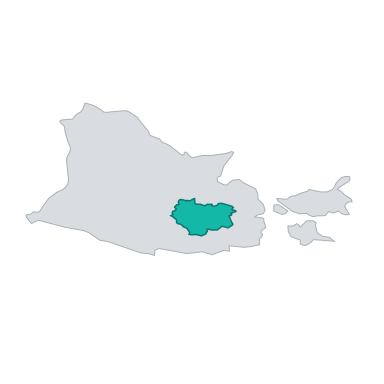 where Rapla sits in Estonia, rotated 190°
{"feature_id": "EST-2348", "entity_name": "Rapla", "entity_type": "County", "adm_level": 1, "iso_a3": "EST", "parent_name": "Estonia", "parent_adm1": "", "projection": "natural_earth1", "projection_center": [24.741, 58.948], "detail": "fine", "context": "in_parent", "style": "filled", "palette": "teal", "viewbox_px": 384, "rotation_deg": 190, "n_neighbors": 0, "source": "natural_earth", "source_scale": "10m", "svg_char_len": 4440}
<svg xmlns="http://www.w3.org/2000/svg" viewBox="0 0 384 384"><g transform="rotate(190 192 192)"><path d="M312.9,260.9L311.6,261.0L304.4,260.2L296.5,257.5L293.1,255.5L289.7,255.6L285.6,256.9L271.0,260.7L267.4,259.8L258.9,256.1L254.7,252.0L245.2,244.0L244.4,242.0L243.2,240.5L233.1,238.5L229.3,235.5L226.2,235.1L221.7,233.6L209.9,227.3L207.0,226.7L206.3,227.8L206.5,229.3L205.7,230.1L204.2,230.1L201.5,227.8L198.2,225.7L188.1,229.6L184.4,230.6L181.1,230.8L165.0,235.9L160.1,238.7L158.0,238.4L158.5,235.8L165.3,222.9L166.5,212.7L168.9,211.3L169.6,209.9L168.6,206.7L161.7,204.6L158.8,204.9L156.3,208.4L153.7,210.9L147.5,212.4L142.3,209.8L129.9,206.2L126.8,201.5L126.1,196.8L119.6,192.2L116.9,186.8L118.0,183.0L124.0,180.5L125.7,178.4L118.2,178.7L116.7,178.2L116.4,176.3L113.1,169.7L116.1,167.1L117.4,164.5L115.0,162.4L115.6,160.0L117.5,157.5L116.4,151.8L123.8,148.7L131.0,146.6L146.2,145.5L144.7,140.3L150.8,140.0L161.2,133.7L171.4,134.9L186.3,130.5L214.8,130.6L218.7,128.1L218.0,125.6L218.1,123.0L223.4,123.7L232.4,123.2L266.0,128.5L274.3,128.5L285.8,133.8L292.0,135.2L310.2,135.2L338.3,137.5L343.7,133.9L344.3,133.0L347.0,135.0L350.4,138.3L351.4,140.1L350.3,141.2L346.9,142.2L346.2,143.2L344.7,144.9L340.7,145.2L338.7,146.4L336.4,151.9L331.9,161.1L325.2,168.1L319.7,171.9L317.3,174.8L315.8,178.4L315.5,181.9L321.1,201.4L321.1,204.9L319.9,208.5L319.1,212.2L319.9,215.4L323.4,220.8L327.3,229.0L328.9,234.2L331.4,236.1L333.8,237.5L334.3,238.4L334.2,239.3L333.0,240.3L322.3,243.0L321.0,245.4L319.8,247.9L315.2,251.8L313.8,255.3L313.0,259.4L312.9,260.9ZM71.7,189.2L75.2,190.8L78.6,190.3L81.9,189.2L89.2,190.2L105.8,198.2L107.4,200.3L97.4,201.3L95.1,203.8L92.7,205.5L89.9,206.0L85.0,209.5L78.5,212.8L77.1,214.8L65.3,214.4L58.8,215.6L53.6,219.3L51.3,226.5L47.4,232.1L43.5,234.1L39.5,234.4L38.5,232.3L39.0,230.2L47.6,222.3L49.4,219.8L45.2,218.6L41.7,215.9L34.0,212.7L32.6,210.1L34.5,209.9L36.2,209.2L38.3,207.0L39.3,204.5L33.2,197.3L36.4,196.2L40.3,196.5L44.3,198.6L48.8,196.1L50.7,195.7L53.8,196.6L56.9,191.8L64.4,190.3L68.1,188.8L71.7,189.2ZM87.3,175.8L83.1,179.0L80.7,177.7L79.4,176.2L74.0,183.5L67.9,184.7L64.4,183.3L64.7,180.5L61.4,173.4L56.2,171.3L48.8,171.1L43.5,168.2L64.1,166.2L66.3,162.8L70.5,159.2L73.6,158.8L76.3,159.6L76.8,162.4L77.4,163.5L86.7,165.1L90.3,169.7L91.6,175.3L87.3,175.8ZM108.5,193.8L104.2,194.5L94.3,189.9L96.6,186.7L99.5,185.5L108.0,187.4L109.1,192.2L108.5,193.8Z" fill="#d9dde1" stroke="#a8b0b8" stroke-width="1"/><path d="M148.6,184.0L149.5,182.2L149.7,181.9L149.5,181.5L148.9,181.3L146.6,181.3L145.7,181.1L145.4,180.7L145.6,180.1L147.5,179.5L147.8,179.1L150.0,177.9L149.2,177.3L149.0,176.9L149.1,176.2L149.4,175.9L150.8,175.4L151.3,175.1L151.3,174.6L150.8,174.1L150.3,173.3L148.3,169.9L146.4,167.7L146.2,166.8L147.2,165.5L148.6,164.8L149.0,164.2L149.1,163.9L149.4,163.6L149.7,163.2L150.4,163.0L151.5,163.0L153.2,163.3L156.6,163.5L157.6,162.1L160.4,159.2L160.8,158.9L163.7,158.4L166.3,158.0L170.0,158.3L170.5,158.2L170.9,157.3L170.8,157.0L170.4,156.4L170.1,156.1L170.0,155.7L170.7,155.0L170.9,153.7L171.7,152.7L172.1,152.3L173.1,151.8L173.8,151.2L175.5,150.4L181.1,150.9L181.5,150.6L182.3,150.4L185.7,149.7L187.6,149.8L187.3,151.3L187.4,152.0L187.7,152.5L188.6,153.1L189.5,154.1L190.0,154.7L190.3,155.0L191.5,155.5L194.8,156.3L195.5,157.4L198.5,158.4L199.6,158.4L199.9,158.3L200.4,158.3L200.9,158.6L201.8,159.2L202.0,160.0L202.1,160.4L202.2,160.8L202.3,161.2L202.4,161.6L202.7,162.1L203.4,162.6L205.0,163.3L206.6,164.3L208.7,165.0L207.0,166.3L206.9,166.5L207.0,166.8L207.4,167.0L207.7,167.3L207.8,168.0L207.8,168.7L207.7,169.4L207.4,169.8L206.8,170.0L206.4,170.2L205.6,170.6L204.5,172.4L204.6,172.6L204.9,172.9L205.6,173.2L206.5,174.0L206.2,174.8L205.7,175.3L205.3,176.2L205.0,176.6L204.7,176.9L203.5,177.1L202.8,177.4L202.6,177.8L202.8,178.2L203.6,179.3L203.8,180.1L203.7,180.6L202.6,182.4L200.7,182.7L199.1,182.7L195.7,182.2L195.6,182.8L195.4,182.9L194.9,182.9L194.0,182.7L193.7,182.7L192.9,183.0L191.9,183.5L191.1,184.0L189.3,185.6L188.3,185.9L188.1,185.3L187.9,184.3L187.5,182.8L187.3,181.7L187.0,181.3L186.4,181.0L185.2,180.8L184.2,180.9L183.0,181.2L181.7,181.4L178.5,180.8L176.8,180.7L175.0,182.5L172.8,182.8L171.1,183.3L170.4,183.3L169.9,182.9L169.9,182.5L170.0,182.1L169.8,181.9L169.0,181.7L168.4,181.7L166.8,182.2L165.2,183.1L164.9,183.4L164.6,183.9L164.3,184.7L164.1,184.9L163.6,185.3L162.8,185.6L160.2,186.0L156.3,185.6L150.0,184.8L148.6,184.0Z" fill="#14b8a6" stroke="#0f766e" stroke-width="1.5"/></g></svg>